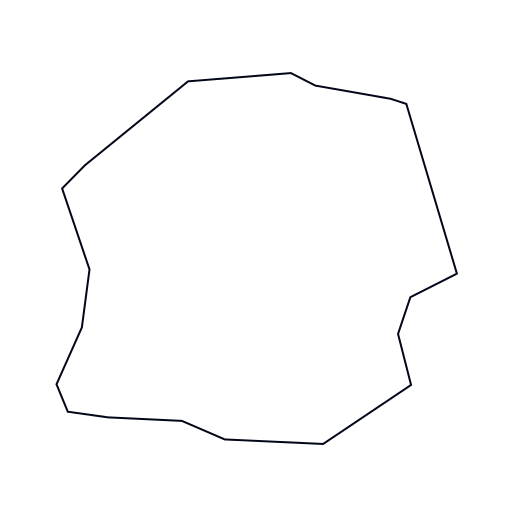 outline of Tahoua Ville, Tahoua, Niger, rotated 98°
{"feature_id": "23599985B25077979802367", "entity_name": "Tahoua Ville", "entity_type": "district", "adm_level": 2, "iso_a3": "NER", "parent_name": "Niger", "parent_adm1": "Tahoua", "projection": "mercator", "projection_center": [5.259, 14.899], "detail": "fine", "context": "isolated", "style": "outline", "palette": "ink", "viewbox_px": 512, "rotation_deg": 98, "n_neighbors": 0, "source": "geoboundaries", "source_scale": "gbopen_adm2", "svg_char_len": 396}
<svg xmlns="http://www.w3.org/2000/svg" viewBox="0 0 512 512"><g transform="rotate(98 256 256)"><path d="M275.3,97.4L245.5,54.6L84.5,128.3L81.6,144.4L79.0,220.9L70.0,246.9L92.5,347.6L189.8,437.9L216.1,457.4L292.5,419.0L351.0,418.5L410.8,435.7L436.4,420.7L436.4,380.2L429.6,306.5L442.0,261.4L432.8,163.4L362.1,84.5L313.4,104.5L275.3,97.4Z" fill="none" stroke="#020617" stroke-width="2"/></g></svg>